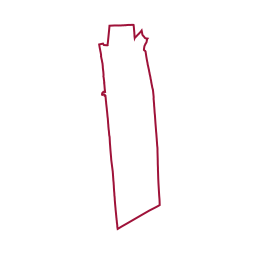 outline of Ulmeni, Buzau, Romania, rotated 24°
{"feature_id": "2599482B910434267190", "entity_name": "Ulmeni", "entity_type": "district", "adm_level": 2, "iso_a3": "ROU", "parent_name": "Romania", "parent_adm1": "Buzau", "projection": "mercator", "projection_center": [26.647, 45.069], "detail": "fine", "context": "isolated", "style": "outline", "palette": "rose", "viewbox_px": 256, "rotation_deg": 24, "n_neighbors": 0, "source": "geoboundaries", "source_scale": "gbopen_adm2", "svg_char_len": 3986}
<svg xmlns="http://www.w3.org/2000/svg" viewBox="0 0 256 256"><g transform="rotate(24 128 128)"><path d="M163.0,134.3L162.9,134.0L162.4,133.2L161.7,132.0L160.7,130.1L160.6,129.9L160.4,129.5L159.9,128.6L159.6,128.1L159.4,127.7L159.2,127.2L158.8,126.6L158.6,126.1L158.4,125.8L156.3,121.9L155.8,121.0L155.0,119.6L154.0,117.7L153.4,116.6L152.2,114.4L151.0,112.2L147.3,105.2L146.7,104.2L145.7,102.4L145.4,101.8L143.7,98.6L142.9,97.2L142.1,95.6L141.8,95.0L141.1,93.8L140.3,92.3L139.9,91.6L139.5,91.0L139.2,90.0L139.0,89.7L138.8,89.3L138.8,89.2L135.9,84.1L135.7,83.8L135.2,82.9L134.7,82.4L134.4,81.9L134.1,81.6L133.9,81.4L133.6,81.0L133.1,80.2L132.7,79.7L132.6,79.4L132.3,79.1L132.1,78.8L131.6,78.1L131.3,77.7L131.1,77.3L130.9,77.1L130.7,76.8L130.5,76.6L130.4,76.3L130.2,76.0L129.8,75.4L129.5,74.9L128.9,74.2L128.3,73.3L128.0,72.8L127.4,71.9L127.1,71.6L126.9,71.2L126.5,70.7L126.0,70.1L125.5,69.3L125.1,68.7L124.6,68.1L124.2,67.5L123.9,67.0L122.5,65.1L120.9,62.9L120.1,61.9L119.4,60.7L118.8,59.9L117.4,57.9L115.6,55.2L114.2,53.0L113.3,51.6L113.1,51.2L112.8,50.9L112.3,50.6L111.6,50.5L111.1,50.4L110.8,50.2L110.6,49.7L110.4,49.1L109.8,46.9L109.7,46.2L109.7,45.5L109.8,44.8L109.8,44.1L109.7,43.8L109.8,43.5L109.9,43.1L110.0,42.7L110.0,42.4L110.0,42.1L109.9,41.5L109.6,40.4L109.6,40.1L109.4,39.3L109.3,38.8L109.4,38.4L108.6,38.6L108.4,38.8L107.7,38.9L106.7,38.8L105.6,38.1L103.7,37.3L103.0,36.6L101.5,34.4L100.8,33.4L100.7,33.8L100.6,34.5L100.3,35.4L99.9,36.4L99.7,37.2L99.4,37.9L98.9,39.2L98.5,40.4L97.9,42.0L97.5,42.9L97.5,43.0L97.2,42.5L96.9,42.0L96.6,41.5L96.2,40.7L95.9,40.0L95.3,39.0L94.8,37.9L94.5,37.5L94.2,36.8L93.9,36.4L92.6,34.0L91.2,31.6L90.9,31.6L90.2,31.9L89.4,32.3L88.6,32.7L87.7,33.1L86.4,33.7L85.1,34.4L84.6,34.7L84.2,35.0L83.8,35.2L83.6,35.2L83.2,35.4L82.7,35.7L82.4,35.9L82.2,36.0L81.7,36.2L81.3,36.4L80.7,36.7L80.4,36.9L80.2,37.0L79.7,37.3L79.4,37.4L79.0,37.6L77.7,38.2L77.2,38.4L76.5,38.7L76.0,38.9L74.7,39.5L74.0,39.8L69.5,42.1L70.9,46.2L74.8,58.0L75.3,59.7L75.5,60.4L75.7,60.7L75.6,60.8L74.9,61.1L72.3,62.0L72.1,62.0L71.7,61.7L71.0,61.3L70.8,61.1L70.1,61.6L67.7,63.4L68.6,64.8L69.6,66.3L70.6,67.7L71.4,68.9L71.7,69.3L72.0,69.7L73.5,71.9L73.8,72.5L74.1,73.1L74.2,73.6L74.6,74.0L75.4,75.2L76.4,76.5L77.2,77.7L78.7,79.8L79.1,80.6L79.7,81.6L80.1,82.4L80.5,83.2L81.2,84.4L81.9,85.5L81.4,84.7L82.1,85.9L82.6,86.7L83.4,88.2L84.2,89.7L84.5,90.8L85.0,91.4L88.0,96.4L87.9,96.6L88.1,96.9L88.9,98.2L90.8,101.7L92.4,104.4L92.0,104.6L91.1,104.8L90.8,104.9L90.5,106.3L90.3,106.5L90.5,107.7L90.9,108.2L91.3,108.1L92.6,107.0L93.2,107.1L93.5,107.4L93.7,108.0L94.3,107.8L94.7,108.5L95.2,109.3L96.9,112.4L97.0,112.5L97.2,112.8L98.1,114.5L100.0,117.7L101.0,119.4L101.4,120.2L102.2,121.5L104.6,125.8L105.6,127.4L107.1,130.2L108.1,132.1L108.7,133.1L109.4,134.5L110.7,136.8L111.1,137.5L111.7,138.4L113.7,142.1L114.7,143.5L114.8,143.6L117.7,149.3L118.8,151.3L121.1,155.6L122.7,158.5L124.1,161.0L125.7,164.0L131.9,174.2L132.5,175.4L132.9,176.0L133.3,176.9L133.8,177.8L134.2,178.5L134.7,179.5L135.1,180.2L135.7,181.4L136.8,183.3L137.2,184.0L137.8,185.2L138.3,186.1L138.6,186.7L139.2,187.9L139.6,188.7L140.1,189.6L140.7,190.8L142.0,193.1L142.5,194.1L143.2,195.5L143.7,196.2L144.1,197.0L144.6,197.9L144.8,198.4L145.4,199.5L146.0,200.6L147.2,202.8L148.6,205.3L149.4,206.7L149.8,207.5L150.4,208.5L150.9,209.4L151.3,210.1L151.9,211.1L152.0,211.3L152.2,211.7L152.5,212.2L152.7,212.6L152.8,212.7L153.4,213.8L153.6,214.2L154.4,215.5L154.8,216.3L155.4,217.2L155.8,217.9L156.0,218.4L156.6,219.3L157.0,220.0L157.6,221.0L157.9,221.5L158.3,222.4L159.4,224.1L159.6,224.4L162.4,220.4L165.8,215.8L171.3,208.2L176.0,201.7L181.1,194.7L183.2,192.1L184.9,190.0L186.0,188.6L187.4,186.8L188.3,185.5L186.8,182.4L186.3,181.4L185.8,180.4L185.2,179.3L184.0,177.1L178.3,166.1L176.1,161.7L173.2,155.7L172.2,153.7L171.7,152.5L169.9,148.9L168.4,145.6L168.0,144.9L167.9,144.5L167.1,142.9L164.7,137.9L164.1,136.6L163.7,135.7L163.5,135.2L163.3,134.8L163.1,134.5L163.0,134.3Z" fill="none" stroke="#9f1239" stroke-width="2"/></g></svg>